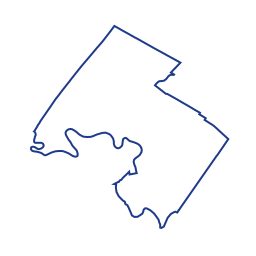 Adancata, Ialomita, Romania, rotated 354°
{"feature_id": "2599482B2487196456759", "entity_name": "Adancata", "entity_type": "district", "adm_level": 2, "iso_a3": "ROU", "parent_name": "Romania", "parent_adm1": "Ialomita", "projection": "orthographic", "projection_center": [26.439, 44.763], "detail": "fine", "context": "isolated", "style": "outline", "palette": "blue", "viewbox_px": 256, "rotation_deg": 354, "n_neighbors": 0, "source": "geoboundaries", "source_scale": "gbopen_adm2", "svg_char_len": 4173}
<svg xmlns="http://www.w3.org/2000/svg" viewBox="0 0 256 256"><g transform="rotate(354 128 128)"><path d="M108.4,182.3L110.3,182.8L109.7,185.9L109.9,190.5L111.7,195.0L115.4,199.7L117.0,200.8L117.3,201.4L117.2,202.3L117.6,203.5L119.3,204.7L120.5,207.8L122.8,215.4L125.1,217.1L128.3,217.3L133.2,214.8L134.4,212.9L134.9,211.1L136.2,209.8L138.0,209.8L141.4,212.0L144.9,215.6L146.7,218.6L148.8,222.4L149.3,225.5L149.9,227.1L149.8,228.8L149.6,230.4L150.6,230.9L153.3,229.8L158.0,221.5L161.6,218.0L164.5,216.7L166.3,216.2L168.2,217.2L169.7,215.1L169.9,215.2L172.1,212.5L193.2,188.1L213.4,164.8L214.1,164.2L222.8,154.0L226.6,149.5L225.1,147.8L220.8,143.0L215.1,136.5L213.6,134.9L211.7,133.2L210.2,132.1L205.1,128.0L206.3,126.4L204.7,125.1L200.3,121.8L201.2,120.4L200.0,119.5L198.8,118.7L198.6,118.5L198.1,118.2L195.9,116.6L195.2,116.1L194.5,115.5L189.8,112.0L185.6,109.0L179.8,104.7L170.6,98.2L169.3,98.0L159.3,88.4L161.0,86.7L162.4,85.6L163.3,85.1L163.7,84.9L164.7,84.7L165.6,84.8L167.7,84.8L168.5,84.7L169.2,84.5L169.5,84.3L171.1,83.3L172.0,82.4L173.0,81.3L174.0,80.5L174.8,80.0L175.1,79.9L175.8,79.6L176.5,79.6L178.2,79.8L178.9,80.0L179.1,79.9L179.3,79.8L179.4,79.7L176.5,77.3L185.2,70.0L186.8,68.7L187.0,68.5L185.7,67.6L185.2,67.2L182.4,65.3L161.9,51.1L160.4,50.0L152.8,44.6L150.8,43.2L148.0,41.2L147.4,40.8L146.6,40.2L143.7,38.3L138.0,34.2L133.2,30.9L129.8,28.4L125.1,25.1L120.9,29.7L111.7,39.3L108.4,42.4L107.5,43.3L106.6,44.1L106.3,44.3L98.4,51.9L88.2,61.6L83.8,66.1L82.2,67.7L81.8,68.1L81.4,68.5L78.9,71.1L77.3,72.7L75.3,74.8L74.6,75.6L71.4,78.8L68.5,81.8L65.1,85.3L63.0,87.6L60.2,90.5L59.5,91.1L51.2,100.9L50.3,101.9L46.8,106.0L44.0,109.2L43.8,109.5L41.4,112.3L41.2,112.7L40.7,113.4L40.0,114.3L39.4,115.0L39.0,115.4L38.3,116.2L38.3,116.4L38.2,116.6L38.0,116.9L34.6,121.3L34.2,121.6L34.7,122.1L35.0,122.6L35.3,123.2L35.4,123.8L35.5,124.5L35.5,125.2L35.1,126.1L34.7,126.7L34.3,127.5L34.1,128.4L33.6,129.5L33.4,130.0L33.3,131.0L33.2,131.8L33.4,132.4L33.7,132.7L34.1,133.0L34.5,133.1L35.1,133.1L36.5,133.3L37.8,133.4L38.8,133.5L39.7,133.6L40.3,133.7L40.8,134.0L41.6,134.6L42.0,135.1L42.1,135.6L42.3,136.1L42.3,136.4L42.2,136.9L41.9,137.6L41.5,138.1L40.9,138.5L40.1,139.0L39.6,139.3L38.8,139.5L38.1,139.6L37.3,139.7L36.5,139.6L35.9,139.3L34.9,138.5L34.1,137.9L33.5,137.4L32.9,137.1L32.3,136.9L31.7,136.7L31.2,136.7L30.5,136.8L30.1,136.9L29.7,137.2L29.5,137.7L29.4,138.3L29.4,139.2L29.7,139.8L30.2,140.5L30.8,140.9L31.7,141.3L32.7,141.5L33.7,141.8L34.4,141.9L35.5,142.3L36.4,142.6L37.4,143.0L38.7,143.6L39.3,143.9L40.0,144.4L40.5,145.0L41.3,145.6L41.8,146.0L42.4,146.4L43.1,146.4L43.7,146.4L44.3,146.2L46.3,145.5L47.1,145.2L49.1,144.5L50.7,144.1L53.4,143.6L54.5,143.6L57.3,143.7L59.4,143.9L60.4,144.1L61.7,144.6L64.0,145.7L67.0,147.5L68.5,148.8L70.0,149.9L70.8,150.4L72.1,150.9L73.5,151.0L74.2,150.8L74.9,150.4L75.1,149.6L75.2,148.7L75.2,147.9L74.8,145.6L74.2,144.4L73.3,143.1L72.1,141.5L71.7,140.9L70.8,139.6L70.3,138.4L69.7,136.9L69.2,135.8L68.6,134.8L67.8,133.6L66.5,130.7L65.7,128.9L65.4,127.4L65.4,126.3L65.6,125.7L66.5,124.4L67.5,123.7L68.1,123.4L69.3,123.0L70.9,123.0L72.3,123.4L73.4,124.2L75.0,125.3L77.2,127.5L78.1,128.6L79.2,129.6L81.3,131.1L82.9,132.0L86.5,132.7L90.1,132.9L92.9,132.3L96.4,131.2L102.1,130.2L105.3,130.3L108.0,131.7L109.5,132.7L111.0,134.8L111.3,135.5L112.1,137.0L112.3,138.3L112.5,140.2L112.3,141.6L112.4,142.8L112.5,143.8L113.2,145.2L113.9,146.0L114.9,146.8L115.6,147.0L116.7,147.1L117.9,146.7L118.8,146.1L119.6,145.5L120.3,144.6L120.7,143.7L120.9,142.7L121.3,141.0L121.6,139.7L121.9,138.7L122.7,138.1L123.6,137.7L124.6,137.6L125.5,138.1L126.2,138.8L126.7,139.5L127.5,140.3L128.3,141.1L129.3,141.5L130.5,142.0L132.2,142.7L134.1,143.7L135.9,144.7L137.1,145.8L137.9,146.6L138.4,147.5L139.1,149.1L139.3,150.2L139.4,151.2L139.2,152.1L138.9,153.1L138.8,153.5L137.9,154.7L137.1,155.8L135.9,156.7L134.7,157.5L133.3,158.3L131.8,159.2L130.6,160.4L130.2,162.0L130.1,162.6L130.3,163.9L130.6,165.4L131.3,167.8L131.5,170.2L131.8,173.4L131.9,173.8L124.7,174.4L124.6,171.6L121.0,174.5L119.2,175.8L117.6,177.1L115.9,178.9L114.8,179.0L114.0,179.7L113.2,180.7L112.0,180.8L111.0,181.3L109.8,181.7L108.4,182.3Z" fill="none" stroke="#1e3a8a" stroke-width="2"/></g></svg>